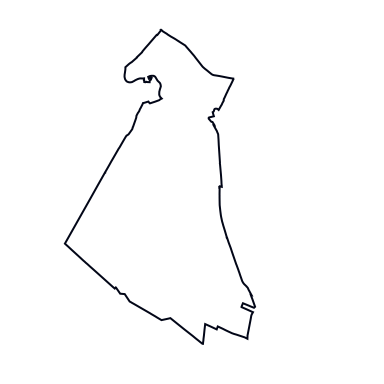 Baarn, Utrecht, Netherlands, rotated 297°
{"feature_id": "6326949B71920055315965", "entity_name": "Baarn", "entity_type": "district", "adm_level": 2, "iso_a3": "NLD", "parent_name": "Netherlands", "parent_adm1": "Utrecht", "projection": "albers", "projection_center": [5.285, 52.199], "detail": "fine", "context": "isolated", "style": "outline", "palette": "ink", "viewbox_px": 384, "rotation_deg": 297, "n_neighbors": 0, "source": "geoboundaries", "source_scale": "gbopen_adm2", "svg_char_len": 5592}
<svg xmlns="http://www.w3.org/2000/svg" viewBox="0 0 384 384"><g transform="rotate(297 192 192)"><path d="M311.4,138.2L313.2,134.3L314.1,132.5L314.5,131.6L315.6,128.9L316.3,127.3L317.4,124.5L319.1,120.3L319.4,119.7L319.5,119.2L320.1,112.8L320.7,107.1L320.8,105.1L320.9,102.7L321.3,98.6L321.5,97.9L321.7,95.2L321.9,93.0L322.0,92.7L322.2,92.3L322.5,90.8L322.5,90.7L322.3,90.6L322.2,90.9L322.1,91.0L321.9,91.0L316.0,89.8L315.9,89.7L315.9,89.3L315.9,89.2L305.7,86.7L304.8,86.5L304.0,86.3L299.8,85.2L296.4,84.4L294.5,84.0L294.3,84.0L294.2,84.0L293.9,84.1L287.0,81.7L286.8,81.9L283.3,80.5L280.3,79.3L279.9,79.1L279.6,78.8L278.0,78.0L277.1,77.6L272.9,76.0L272.4,76.3L271.4,76.8L270.4,77.2L267.5,78.2L266.2,78.6L265.7,78.8L264.4,79.4L264.0,79.6L263.5,80.0L262.9,80.5L262.3,81.0L262.1,81.3L261.8,81.7L261.6,82.0L261.4,82.4L261.1,83.1L261.0,83.3L260.9,83.8L260.9,84.0L260.9,84.5L261.0,85.3L261.1,85.8L261.2,86.1L261.2,86.3L261.4,86.7L261.6,87.1L262.0,87.7L262.6,88.5L263.0,88.9L263.8,89.4L264.6,90.0L265.8,90.7L266.2,91.0L266.6,91.3L267.9,92.3L268.7,93.1L269.0,93.4L269.5,94.0L269.8,94.5L270.1,95.1L270.8,96.6L271.5,97.7L270.1,98.3L269.8,98.3L269.6,98.5L269.4,98.7L269.5,98.9L268.3,99.6L268.7,100.7L268.9,100.8L269.0,100.9L269.1,101.0L269.3,101.4L269.5,101.4L269.6,101.9L269.7,102.4L270.6,104.4L272.3,103.7L272.9,104.1L273.4,104.4L273.5,104.4L274.0,104.3L274.5,104.2L275.1,104.0L275.3,104.1L275.3,103.9L275.2,103.6L275.1,103.3L274.9,103.0L274.6,102.7L273.5,102.0L274.7,100.7L275.9,101.6L276.4,102.1L276.6,102.4L276.9,102.8L277.3,103.4L277.8,104.4L278.0,104.8L278.0,105.0L278.1,105.3L278.1,105.7L278.1,105.9L278.1,106.1L278.0,106.6L278.0,106.8L277.8,107.2L276.6,109.1L275.7,110.5L275.5,110.9L274.8,113.2L274.7,113.6L274.6,113.8L274.3,114.3L274.0,114.6L273.7,115.0L272.7,115.8L272.2,116.1L271.9,116.3L271.3,116.4L268.4,116.9L267.7,117.1L266.6,117.3L266.2,117.5L265.3,117.9L263.9,118.6L263.7,118.8L263.2,119.2L262.7,119.9L262.4,120.3L262.2,120.7L262.0,121.1L261.5,122.6L260.0,121.5L259.1,121.2L258.5,120.7L255.4,117.8L251.9,114.3L252.2,113.2L252.8,112.1L250.0,109.2L249.4,108.5L249.1,108.0L247.6,108.1L246.2,108.1L243.2,108.1L242.1,108.0L240.6,108.2L240.1,108.2L238.9,108.1L237.7,107.9L236.8,107.9L235.2,107.9L234.7,107.9L233.1,108.5L232.7,108.6L230.0,109.0L228.4,109.2L223.2,109.9L222.9,109.8L221.2,110.2L220.6,110.2L218.6,109.9L215.3,109.4L214.7,109.3L214.2,109.1L213.5,108.7L213.0,108.4L212.6,108.1L211.3,107.9L208.3,107.7L204.6,107.5L198.6,107.2L197.6,107.0L185.8,106.4L182.4,106.2L179.4,106.1L175.0,105.9L171.0,105.7L170.6,105.7L169.9,105.9L169.8,105.6L169.2,105.6L155.1,105.0L139.5,104.4L113.8,103.3L94.9,102.5L88.3,102.2L87.9,103.6L87.1,106.6L85.7,111.5L83.8,118.4L81.5,126.6L81.2,127.9L80.9,128.9L80.7,129.6L80.3,131.4L80.0,132.5L79.3,135.0L78.2,139.3L76.0,147.6L71.4,164.9L70.9,167.0L72.4,167.4L72.4,167.5L72.2,167.9L68.8,174.2L70.5,178.4L66.1,186.2L66.1,187.5L66.0,188.5L65.9,191.1L64.9,209.9L64.8,210.8L64.5,216.0L64.3,218.2L64.0,223.0L66.7,226.3L68.5,228.5L69.8,230.0L68.2,237.6L67.3,241.9L66.2,247.2L66.0,248.2L64.7,254.8L64.1,257.9L63.2,261.9L62.9,263.4L62.5,265.4L62.1,267.2L61.5,270.2L61.7,270.7L63.2,270.1L65.3,269.4L65.9,269.1L67.0,268.7L69.5,267.8L74.9,265.7L80.3,263.7L80.6,269.8L80.8,276.4L83.9,276.0L84.0,278.7L84.1,281.5L84.1,284.6L84.2,288.1L84.3,290.2L84.3,291.4L84.6,293.8L85.1,296.4L86.2,303.6L86.4,304.8L86.4,305.1L86.4,306.6L86.4,307.6L86.4,308.0L89.4,306.6L98.8,303.9L105.7,301.9L108.6,301.0L109.2,300.9L109.8,300.8L110.0,300.8L112.6,300.9L112.5,299.7L112.5,299.1L112.3,294.6L112.2,292.8L112.0,289.3L111.9,288.4L112.3,288.2L116.0,287.9L116.3,291.4L116.6,295.1L116.6,295.6L117.0,299.8L118.4,300.3L119.7,298.9L123.8,294.6L125.5,292.7L126.9,291.2L127.1,291.9L127.7,291.0L129.3,288.7L130.8,286.5L131.5,285.8L132.0,285.0L132.2,284.5L132.3,284.2L132.5,283.8L132.5,283.6L132.7,283.3L133.5,280.7L133.6,280.3L134.0,279.5L134.3,278.8L134.6,278.4L135.1,277.6L135.5,277.1L139.8,272.6L141.5,270.9L142.8,269.5L143.7,268.6L147.4,264.6L147.6,264.3L156.7,254.9L157.2,254.4L157.4,254.2L159.6,252.0L163.7,247.5L164.3,246.9L167.0,244.2L166.8,244.0L167.1,243.6L167.4,243.6L170.8,240.4L172.6,238.7L176.2,235.2L178.6,233.0L179.2,232.4L180.4,231.4L181.3,230.7L182.5,229.7L184.2,228.4L188.0,225.8L190.6,224.1L192.6,222.8L193.1,222.5L196.1,220.9L199.7,219.0L201.3,218.2L202.2,217.7L208.1,214.8L208.0,214.5L209.8,213.5L209.7,213.6L209.8,213.8L209.9,215.3L210.1,216.2L211.5,215.4L212.5,214.7L215.0,213.3L220.0,210.3L229.4,204.4L230.2,203.8L231.0,203.5L231.5,203.2L238.7,198.9L245.9,194.6L250.8,191.8L255.3,189.1L255.5,188.9L257.0,187.1L257.6,186.5L258.1,185.7L261.0,181.4L261.1,181.8L261.3,182.1L261.9,181.4L263.7,178.4L263.6,178.2L263.4,177.7L263.4,177.4L263.4,177.2L264.8,173.8L264.9,173.6L265.0,173.5L265.6,173.3L265.7,173.2L265.8,173.2L266.1,173.3L269.4,177.1L271.0,175.6L272.5,174.2L273.2,174.6L273.4,174.7L274.3,174.7L275.1,174.5L275.8,174.4L276.2,174.5L276.3,174.6L276.6,174.8L276.8,175.0L277.1,175.4L277.3,175.9L277.5,176.5L277.6,176.9L277.5,177.5L277.3,178.1L277.2,178.5L282.0,178.7L282.7,178.8L283.4,178.8L284.2,178.8L284.8,178.7L287.2,178.8L287.6,178.7L287.7,178.8L287.8,178.8L288.2,178.6L289.1,178.2L291.2,178.2L295.1,178.0L297.2,178.0L298.4,177.9L300.7,177.9L301.9,177.8L304.1,177.9L309.2,177.8L310.5,177.7L310.8,177.7L311.4,177.4L311.5,177.5L311.6,177.4L311.8,177.3L311.6,176.8L311.5,176.5L310.2,172.4L308.6,166.7L307.7,163.6L306.9,161.1L306.1,158.7L306.0,158.3L305.9,157.7L305.8,157.1L305.8,156.7L305.9,156.1L305.9,155.8L306.0,155.4L306.3,154.0L306.6,152.6L307.1,150.4L307.7,147.3L308.2,145.4L308.3,145.0L308.6,144.2L311.4,138.2Z" fill="none" stroke="#020617" stroke-width="2"/></g></svg>